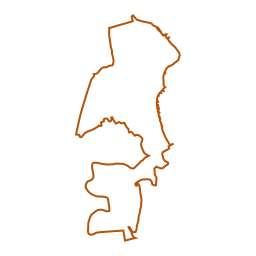 Boca del Río, Veracruz, Mexico
{"feature_id": "50627088B5149905661880", "entity_name": "Boca del Río", "entity_type": "district", "adm_level": 2, "iso_a3": "MEX", "parent_name": "Mexico", "parent_adm1": "Veracruz", "projection": "orthographic", "projection_center": [-96.121, 19.113], "detail": "fine", "context": "isolated", "style": "outline", "palette": "amber", "viewbox_px": 256, "rotation_deg": 0, "n_neighbors": 0, "source": "geoboundaries", "source_scale": "gbopen_adm2", "svg_char_len": 5852}
<svg xmlns="http://www.w3.org/2000/svg" viewBox="0 0 256 256"><path d="M169.2,148.5L168.5,146.4L173.6,143.6L170.3,145.1L169.1,143.7L168.1,142.0L165.4,137.2L163.3,132.5L162.2,129.1L161.8,126.9L162.2,126.7L162.3,126.5L161.9,126.1L161.3,125.0L161.3,124.5L161.7,124.3L162.0,123.8L161.7,124.0L161.3,123.7L160.5,121.7L160.0,120.6L159.9,119.3L160.4,119.0L160.9,118.5L160.4,118.8L159.8,119.0L159.2,117.1L160.6,116.6L159.3,116.9L158.7,115.1L158.4,112.8L159.4,112.5L159.3,112.3L158.3,112.5L157.9,111.2L157.8,109.7L158.8,109.6L158.8,109.3L157.7,109.5L157.4,107.8L158.6,107.6L158.5,107.4L157.2,107.6L157.1,105.5L158.1,105.4L158.1,105.2L157.0,105.2L156.7,103.2L156.8,102.0L158.1,101.9L158.1,101.7L156.9,101.7L157.0,99.8L157.6,96.5L158.1,95.7L159.5,96.1L158.3,95.5L158.5,94.9L159.2,93.5L159.8,92.8L161.1,93.2L161.3,93.1L161.2,92.9L160.5,92.8L160.6,92.6L161.4,91.2L162.1,90.5L162.5,90.3L163.7,91.2L163.8,91.1L162.7,90.1L163.5,88.5L165.2,87.3L163.6,85.3L163.6,83.8L163.5,79.9L163.3,77.9L163.6,75.6L164.0,74.1L164.4,72.9L165.2,73.2L165.8,73.7L165.7,73.5L165.4,73.1L164.5,72.8L166.0,69.2L167.4,67.4L168.1,66.9L169.3,66.1L169.7,66.3L171.2,65.3L172.5,64.8L173.0,64.4L174.6,62.7L175.1,62.6L177.3,60.8L178.1,60.5L178.4,59.7L178.8,58.5L179.1,57.3L179.5,56.0L179.7,54.8L179.6,54.1L178.5,51.7L177.4,50.4L175.7,47.9L174.4,46.5L173.0,45.4L170.8,43.2L168.8,40.6L167.6,38.8L169.1,37.6L169.0,37.4L167.4,38.5L166.0,36.9L165.6,36.0L165.9,35.1L166.5,34.4L165.7,34.3L165.0,34.4L164.0,35.0L163.4,35.6L163.1,35.4L162.4,34.5L161.0,32.6L160.8,31.8L160.8,31.3L161.4,31.0L160.7,31.0L159.8,31.4L159.0,30.7L158.8,29.9L159.2,29.1L158.8,29.0L157.9,29.5L157.7,29.2L157.7,28.8L157.4,28.6L157.4,27.9L157.7,27.5L157.1,27.3L156.5,27.4L156.1,26.8L155.5,26.4L153.0,25.3L151.8,23.8L151.0,23.3L150.5,23.1L141.2,21.1L137.1,19.8L136.5,19.4L135.9,18.8L133.1,15.4L132.0,16.2L131.7,16.7L132.8,21.2L127.2,22.9L123.1,24.0L110.5,27.7L109.2,27.9L109.3,28.9L109.3,30.1L109.0,32.0L109.2,34.9L109.4,37.3L109.7,38.5L110.3,42.9L110.8,47.0L111.9,50.4L112.0,53.4L113.6,60.2L113.5,61.2L113.1,64.2L112.2,65.4L111.8,65.5L110.8,65.5L110.0,65.6L106.7,67.1L106.0,67.3L104.3,67.3L103.0,67.5L102.3,67.8L101.2,68.7L98.8,71.4L98.1,72.5L97.2,73.3L96.5,73.6L95.7,73.9L93.7,74.1L94.1,75.6L93.9,76.4L91.6,79.1L90.9,80.8L86.8,93.4L83.8,103.1L81.3,111.6L80.5,114.5L78.6,122.6L76.6,131.8L76.4,132.7L76.3,134.7L77.0,134.6L79.3,134.9L79.6,135.5L79.8,136.8L80.5,137.1L81.4,137.1L82.1,136.5L82.7,135.6L84.5,133.7L85.0,132.9L86.7,132.2L87.3,131.6L88.0,131.5L93.6,129.2L97.9,126.6L98.4,126.1L98.6,125.7L99.6,125.9L100.2,125.8L100.6,126.0L101.0,125.9L101.3,125.7L101.6,125.4L101.5,124.8L100.9,123.1L101.0,122.6L101.4,122.1L102.0,121.9L103.6,121.6L103.8,121.4L104.0,121.1L103.7,120.0L103.9,119.3L104.3,118.9L105.1,118.6L105.8,118.5L107.2,118.7L108.3,120.1L108.7,120.9L109.0,121.3L109.7,121.4L110.2,121.3L110.8,121.0L111.3,119.9L111.3,118.3L111.4,117.7L111.5,117.3L112.4,117.4L113.0,119.4L115.9,123.6L119.3,122.0L121.1,123.2L122.4,123.3L124.0,122.7L125.0,123.6L125.0,124.5L126.9,127.5L128.4,129.0L128.9,132.3L129.0,132.4L131.5,131.9L134.8,135.7L135.6,135.1L136.3,135.2L137.7,134.9L138.2,135.0L138.8,135.3L139.2,135.7L140.4,136.5L141.1,137.1L142.0,138.2L142.4,138.8L142.4,139.3L141.9,141.2L141.7,141.9L141.6,142.4L141.2,143.1L141.1,143.8L141.1,145.2L141.3,145.8L141.5,147.1L144.3,153.1L146.9,154.8L148.8,155.7L145.5,157.4L143.9,158.9L142.5,160.5L141.6,160.9L140.7,161.4L139.1,163.4L137.2,165.1L134.2,168.1L133.1,168.5L131.5,168.4L129.7,167.3L127.8,165.9L125.4,164.7L123.5,164.0L121.6,163.8L116.0,163.6L113.5,164.2L110.1,164.4L108.7,164.6L101.8,163.9L98.7,163.1L97.8,162.9L95.0,162.6L94.1,162.8L93.2,163.1L92.4,163.8L92.2,165.0L92.0,166.7L92.2,168.4L92.9,171.6L93.1,173.3L93.4,174.5L93.5,175.4L93.3,177.9L92.2,179.3L91.1,180.1L90.4,180.4L89.3,180.8L87.4,181.6L87.0,182.6L86.5,183.1L86.2,183.7L85.9,184.6L85.6,185.8L85.7,186.8L85.9,188.0L87.3,190.0L87.9,191.1L90.4,193.4L91.5,194.1L93.2,195.0L95.6,196.0L97.7,196.5L102.8,196.6L104.5,196.8L107.1,197.7L107.9,198.8L108.2,199.5L108.1,200.3L108.5,201.7L109.0,206.0L109.3,207.9L109.5,210.4L109.4,210.9L109.0,211.0L108.5,211.1L107.2,211.3L106.3,211.2L105.8,211.0L103.8,210.3L101.4,209.7L100.1,209.7L97.4,210.2L95.5,211.4L94.2,212.6L92.8,213.5L91.5,214.7L90.2,216.9L89.7,218.4L89.3,219.8L88.7,221.4L88.3,223.7L88.2,224.7L88.3,225.1L88.3,226.4L88.2,226.9L88.1,228.2L88.2,229.2L88.0,230.1L88.0,231.9L88.5,233.3L88.9,234.0L89.9,234.4L90.9,234.7L93.1,234.4L93.9,233.9L94.9,233.6L95.8,232.8L98.2,232.5L99.8,232.2L123.3,230.5L124.5,237.3L125.0,240.6L135.2,238.0L134.9,237.9L134.5,237.6L133.8,237.1L132.6,235.8L131.6,233.1L131.3,231.7L131.0,231.1L130.5,230.6L130.2,229.9L129.5,229.1L129.1,228.4L129.0,227.8L128.6,227.1L128.9,227.0L129.5,227.2L130.5,228.9L130.8,229.3L131.2,229.8L131.5,230.5L131.9,231.1L132.7,232.0L133.8,232.3L134.5,232.0L135.5,232.0L135.6,231.4L136.2,230.6L136.6,228.9L136.8,226.0L137.3,224.7L137.5,223.4L138.1,222.1L138.6,218.5L138.6,217.2L139.1,215.0L139.8,212.4L140.6,208.4L140.7,207.7L141.2,205.6L141.1,203.9L141.3,202.3L141.6,199.6L141.3,198.6L140.9,196.7L140.7,194.9L140.3,192.7L140.2,190.5L139.6,187.3L139.5,186.0L139.3,185.3L139.0,185.1L138.7,184.3L137.9,183.5L137.5,183.6L137.3,183.8L137.2,184.1L137.2,185.3L137.1,185.5L136.6,185.7L136.4,185.7L136.0,185.6L135.8,185.5L135.5,185.0L135.5,184.4L135.5,183.9L135.7,183.2L136.8,182.4L139.4,180.9L139.9,180.6L141.1,180.0L141.5,179.6L147.7,179.2L150.2,179.7L151.7,181.7L152.3,184.4L154.6,185.5L156.0,185.2L156.5,177.6L154.8,174.6L154.4,168.5L156.3,166.7L160.6,168.3L161.4,168.4L162.6,168.2L163.1,167.9L164.3,166.7L166.3,165.4L167.0,164.8L167.7,164.4L168.2,163.8L168.2,163.2L168.1,162.7L167.5,162.3L165.4,161.2L164.5,160.4L163.7,159.4L163.2,158.4L163.1,158.0L162.8,156.0L162.4,155.4L162.3,154.3L162.4,153.1L162.6,152.4L163.2,152.1L163.5,151.5L164.0,151.5L164.6,151.1L167.6,149.5L169.2,148.5Z" fill="none" stroke="#b45309" stroke-width="2"/></svg>